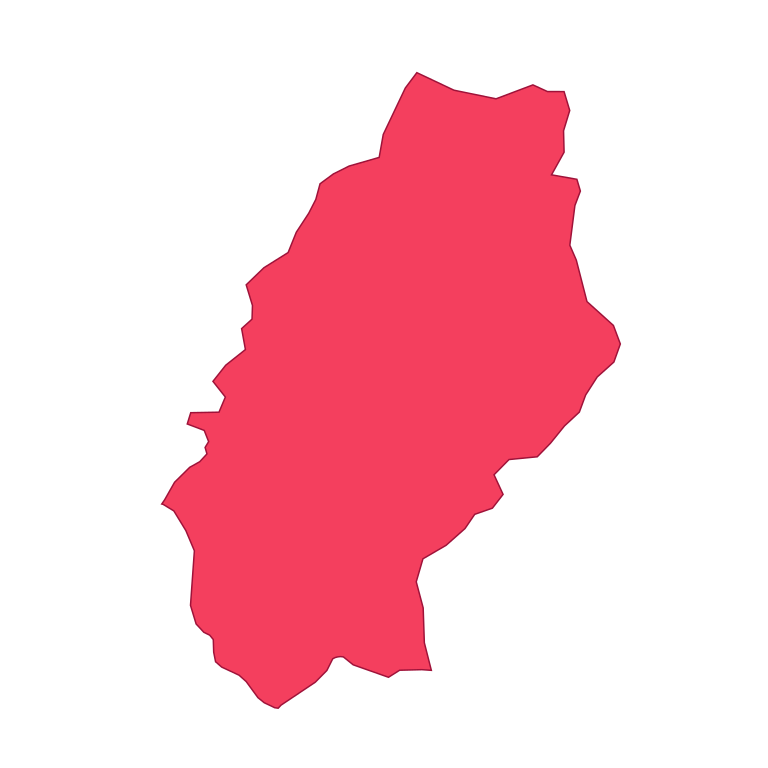 the border of Pernik, rotated 260°
{"feature_id": "BGR-2245", "entity_name": "Pernik", "entity_type": "Province", "adm_level": 1, "iso_a3": "BGR", "parent_name": "Bulgaria", "parent_adm1": "", "projection": "natural_earth1", "projection_center": [22.785, 42.63], "detail": "fine", "context": "isolated", "style": "filled", "palette": "rose", "viewbox_px": 768, "rotation_deg": 260, "n_neighbors": 0, "source": "natural_earth", "source_scale": "10m", "svg_char_len": 1373}
<svg xmlns="http://www.w3.org/2000/svg" viewBox="0 0 768 768"><g transform="rotate(260 384 384)"><path d="M252.7,168.3L274.1,163.4L295.5,155.0L303.8,145.6L304.4,144.3L308.1,147.9L323.6,160.7L335.7,178.2L339.5,189.1L345.9,197.5L352.6,196.8L357.7,201.3L369.5,198.9L378.8,183.3L389.3,188.7L384.9,216.6L398.7,225.5L416.3,216.0L430.0,231.4L442.0,253.5L463.3,253.4L470.8,265.3L484.2,268.1L505.6,265.5L519.4,286.0L530.1,312.4L548.7,324.0L565.2,339.5L577.6,348.9L592.3,355.8L599.7,370.7L604.7,387.5L608.0,418.6L629.9,426.6L671.8,456.4L684.9,470.4L661.2,503.9L645.4,543.8L652.7,582.6L643.6,595.8L640.7,612.1L621.1,614.4L602.2,604.8L581.0,601.6L560.9,585.3L552.1,609.5L539.9,610.9L526.6,603.0L488.4,591.1L472.6,594.9L429.9,598.2L401.8,620.1L382.4,623.7L365.7,614.2L353.9,595.2L338.2,580.7L322.4,571.5L311.4,554.5L296.9,537.8L285.7,522.3L287.9,494.0L275.5,476.6L254.6,482.1L242.9,469.2L239.9,450.7L227.6,438.7L214.4,417.2L205.1,392.0L183.6,381.4L156.7,383.7L122.2,378.8L93.8,380.9L96.1,371.7L99.4,349.7L94.4,337.5L112.8,304.9L122.3,296.6L123.1,293.9L123.3,291.2L123.1,288.5L122.3,285.8L111.8,278.0L102.3,264.6L85.6,226.8L83.1,223.5L84.2,220.1L86.4,217.1L90.9,210.7L97.0,205.4L114.9,196.6L122.4,190.7L133.4,175.0L139.7,169.9L149.4,169.7L162.0,171.5L166.8,168.8L167.1,168.5L170.7,163.5L180.3,157.3L199.6,155.0L252.7,168.3Z" fill="#f43f5e" stroke="#9f1239" stroke-width="1.5"/></g></svg>